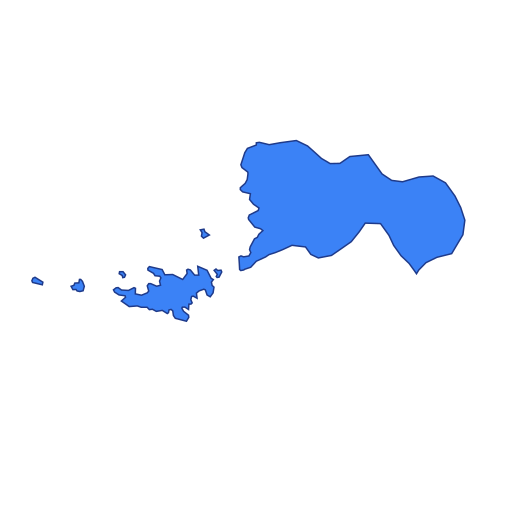 Sonchon, P'yŏngan-bukto, North Korea (orthographic projection), rotated 54°
{"feature_id": "82179303B49493469146837", "entity_name": "Sonchon", "entity_type": "district", "adm_level": 2, "iso_a3": "PRK", "parent_name": "North Korea", "parent_adm1": "P'yŏngan-bukto", "projection": "orthographic", "projection_center": [124.88, 39.674], "detail": "fine", "context": "isolated", "style": "filled", "palette": "blue", "viewbox_px": 512, "rotation_deg": 54, "n_neighbors": 0, "source": "geoboundaries", "source_scale": "gbopen_adm2", "svg_char_len": 2900}
<svg xmlns="http://www.w3.org/2000/svg" viewBox="0 0 512 512"><g transform="rotate(54 256 256)"><path d="M308.2,59.7L295.4,65.7L287.9,77.7L282.1,93.8L274.6,101.8L263.7,105.8L251.0,105.7L240.1,105.6L230.7,121.6L230.4,133.7L224.8,141.7L215.6,145.7L206.5,147.6L197.3,149.6L186.3,155.5L178.7,169.6L173.7,179.9L169.1,183.8L166.0,186.5L164.6,189.2L166.4,190.5L163.9,199.7L165.8,204.3L173.3,214.6L176.2,215.4L183.3,213.3L184.8,214.2L189.0,218.2L190.9,222.1L191.5,228.5L193.1,229.7L196.3,229.1L202.3,223.9L206.5,228.0L212.6,227.6L212.9,227.5L218.9,225.4L220.5,227.5L218.9,237.3L220.5,239.8L222.1,240.5L231.9,240.0L236.6,236.3L239.5,235.5L240.1,240.9L241.7,244.0L241.2,247.1L245.2,255.3L247.1,257.5L250.2,258.2L251.8,261.7L249.4,266.5L247.1,268.1L246.7,270.4L252.4,274.0L257.3,277.2L258.8,276.9L260.1,274.1L260.1,272.9L262.0,266.9L260.4,258.8L262.4,248.8L262.5,244.7L264.5,238.7L266.5,230.7L268.5,220.6L277.8,210.6L286.9,210.7L294.2,206.7L299.9,194.6L300.2,182.5L300.4,170.5L297.1,158.3L293.6,148.3L303.0,136.2L317.5,136.3L328.4,138.4L341.1,138.5L352.0,136.5L361.1,136.5L364.7,136.6L363.0,132.5L361.3,122.4L363.4,110.4L369.1,96.3L365.6,88.2L360.4,76.1L349.8,66.0L337.1,61.9L334.0,61.4L324.5,59.8L308.2,59.7ZM241.9,304.5L238.8,304.0L230.1,309.2L237.8,313.6L235.4,316.9L228.7,317.3L226.7,318.8L226.6,320.4L229.7,322.0L231.9,329.1L222.0,334.3L217.6,340.8L211.8,339.9L201.9,348.5L202.4,350.8L203.9,351.7L204.6,351.4L209.8,349.1L212.6,349.3L215.8,345.7L217.8,345.8L219.6,348.8L223.5,350.4L222.1,354.1L216.5,357.4L215.3,359.0L216.2,361.5L221.3,363.4L221.9,365.6L220.4,371.7L215.7,375.9L211.3,372.5L209.9,373.3L208.9,379.4L204.5,384.8L200.5,386.1L199.5,387.9L199.6,391.2L202.1,391.6L207.0,389.7L211.2,385.3L212.7,385.8L212.9,387.4L213.3,391.4L218.8,389.5L222.4,388.3L226.6,381.4L230.0,379.0L233.5,374.2L236.7,373.8L238.2,371.1L242.2,369.2L244.9,363.8L250.4,361.6L250.4,360.1L248.5,358.1L249.3,356.1L251.5,355.6L255.6,357.8L259.0,357.9L267.9,350.6L266.1,346.4L264.2,345.4L262.8,345.8L258.2,347.1L254.7,346.7L254.1,345.7L255.5,343.6L259.6,342.0L255.5,338.6L256.7,336.8L256.4,335.2L253.0,334.4L250.9,331.9L251.5,330.4L255.5,328.5L251.0,326.0L250.8,322.5L252.2,317.7L253.6,316.9L258.8,318.5L262.1,317.0L260.6,312.4L256.5,308.3L254.0,308.8L250.9,307.4L250.0,304.4L247.7,305.4L241.9,304.5ZM181.2,419.4L182.5,416.3L179.6,412.7L174.5,411.3L171.9,411.6L171.2,412.6L173.6,415.1L171.4,418.5L172.7,420.6L171.8,423.4L175.6,423.9L177.3,421.3L179.1,421.3L181.2,419.4ZM153.7,445.8L151.9,443.8L143.3,447.3L142.9,449.6L144.3,451.9L146.1,452.3L153.7,445.8ZM211.6,281.4L206.3,283.1L203.7,282.3L202.1,285.7L205.4,285.9L207.9,288.5L210.7,288.0L211.6,281.4ZM248.8,293.1L246.9,292.6L245.2,295.5L243.0,296.0L243.0,298.3L248.1,298.1L249.2,300.2L250.5,300.1L251.4,298.3L248.8,293.1ZM195.9,374.9L194.6,372.6L190.5,372.8L188.5,375.6L189.9,377.1L193.1,375.7L195.2,376.5L195.9,374.9Z" fill="#3b82f6" stroke="#1e3a8a" stroke-width="1.5"/></g></svg>